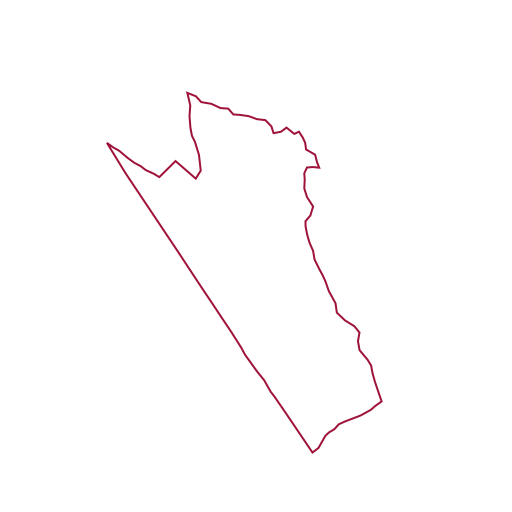 Indianópolis, Paraná, Brazil, rotated 306°
{"feature_id": "56859067B61003865995307", "entity_name": "Indianópolis", "entity_type": "district", "adm_level": 2, "iso_a3": "BRA", "parent_name": "Brazil", "parent_adm1": "Paraná", "projection": "equal_earth", "projection_center": [-52.659, -23.482], "detail": "fine", "context": "isolated", "style": "outline", "palette": "rose", "viewbox_px": 512, "rotation_deg": 306, "n_neighbors": 0, "source": "geoboundaries", "source_scale": "gbopen_adm2", "svg_char_len": 1314}
<svg xmlns="http://www.w3.org/2000/svg" viewBox="0 0 512 512"><g transform="rotate(306 256 256)"><path d="M257.0,376.8L256.2,365.8L257.7,354.7L264.5,348.1L270.4,335.6L276.4,326.9L279.7,321.0L282.5,315.1L287.6,305.4L293.7,299.2L298.2,291.5L303.3,284.9L309.0,278.8L313.2,275.6L320.7,276.2L329.6,273.1L333.6,262.7L339.0,255.4L346.3,250.6L351.2,246.5L357.5,245.2L361.3,249.6L364.6,255.2L367.7,250.3L372.7,244.3L371.6,233.9L376.5,229.2L379.3,224.2L381.8,217.7L377.3,215.2L377.8,205.2L371.1,203.1L365.7,198.0L369.9,192.3L371.4,183.7L367.3,176.4L364.9,168.0L360.7,160.0L357.2,154.5L358.9,146.9L354.8,140.3L352.9,130.5L348.3,121.2L349.9,113.5L347.6,104.6L339.2,114.3L330.2,119.9L321.4,127.4L315.7,133.4L312.4,139.6L304.3,150.4L292.6,161.1L283.2,161.8L285.5,135.1L263.0,131.4L262.4,124.7L260.7,116.4L260.9,109.9L259.9,103.2L259.9,94.6L260.7,83.5L259.9,76.5L259.9,68.9L246.4,101.5L213.8,189.9L199.3,228.4L196.2,236.8L192.8,246.1L186.1,264.1L180.1,280.4L173.2,297.9L169.7,305.1L163.1,325.1L160.3,335.6L154.8,347.7L153.0,353.9L146.8,371.4L130.2,417.2L137.5,419.4L151.4,417.8L156.3,418.8L162.0,421.2L168.5,421.9L174.7,425.4L188.5,434.4L199.0,439.3L205.0,440.7L212.2,443.1L224.4,425.8L230.0,418.8L235.0,413.6L237.6,407.4L240.7,395.1L247.0,388.6L254.9,384.7L257.0,376.8Z" fill="none" stroke="#9f1239" stroke-width="2"/></g></svg>